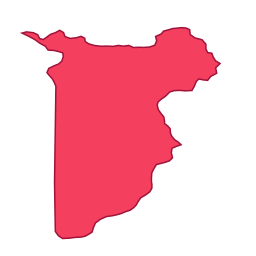 Mathias Lobato, Minas Gerais, Brazil (Equal Earth projection), rotated 85°
{"feature_id": "56859067B30184964984136", "entity_name": "Mathias Lobato", "entity_type": "district", "adm_level": 2, "iso_a3": "BRA", "parent_name": "Brazil", "parent_adm1": "Minas Gerais", "projection": "equal_earth", "projection_center": [-41.945, -18.602], "detail": "fine", "context": "isolated", "style": "filled", "palette": "rose", "viewbox_px": 256, "rotation_deg": 85, "n_neighbors": 0, "source": "geoboundaries", "source_scale": "gbopen_adm2", "svg_char_len": 1672}
<svg xmlns="http://www.w3.org/2000/svg" viewBox="0 0 256 256"><g transform="rotate(85 128 128)"><path d="M71.8,30.7L68.7,34.9L64.9,36.9L60.8,38.0L59.8,42.1L56.0,43.5L51.3,43.1L46.5,46.6L44.1,53.5L40.3,57.9L35.4,58.0L33.4,61.7L32.7,65.8L32.8,70.3L32.8,74.6L33.8,79.7L34.6,84.2L37.2,86.6L39.2,92.5L43.7,91.9L47.9,94.1L49.2,99.4L49.1,105.3L48.5,110.2L48.3,115.5L45.8,120.1L46.1,125.3L44.9,130.4L45.4,135.7L44.6,141.5L44.2,147.9L42.8,154.5L40.8,159.6L38.2,163.1L34.8,163.3L32.6,166.7L33.6,171.7L33.7,177.9L31.4,182.8L27.3,183.9L24.7,187.6L26.7,192.0L27.9,197.0L30.5,201.2L32.5,204.6L31.2,208.3L27.2,209.8L24.8,214.0L23.4,220.8L24.2,225.3L27.0,220.5L29.5,216.5L32.1,212.7L35.9,208.4L39.4,203.2L43.4,200.8L44.3,195.0L45.9,190.2L47.5,186.4L51.3,186.3L55.6,188.1L58.2,191.6L59.5,196.0L61.7,201.7L65.7,203.9L68.7,201.9L72.5,199.1L76.3,197.4L80.2,196.2L175.4,205.9L224.7,209.4L229.2,206.8L232.4,202.8L232.6,195.3L232.4,190.0L232.6,184.5L232.1,180.3L230.4,176.3L228.5,172.8L224.3,171.2L219.8,168.7L216.5,163.5L214.3,157.0L214.1,151.8L213.6,147.6L212.7,142.5L211.1,137.5L210.1,133.1L207.9,129.4L205.4,126.5L202.4,124.5L198.6,121.4L195.9,115.7L193.4,111.8L190.1,109.5L186.6,109.1L183.4,109.3L179.7,109.0L174.8,108.2L171.0,105.9L166.9,102.9L165.6,94.9L164.4,89.7L161.6,86.3L156.3,87.0L152.0,85.9L150.5,81.3L149.3,76.6L146.3,79.3L143.9,82.4L140.6,84.8L137.3,86.1L132.4,86.1L129.6,88.1L126.8,91.1L123.7,91.0L120.0,91.4L116.5,93.8L112.4,96.2L107.8,96.9L104.7,95.8L102.4,92.7L99.4,87.6L95.7,83.2L94.8,78.6L95.0,73.6L96.0,67.4L96.2,61.0L92.2,58.3L87.6,55.9L85.3,53.2L86.6,49.0L87.5,44.5L83.8,41.1L81.2,34.9L75.6,35.4L71.8,30.7Z" fill="#f43f5e" stroke="#9f1239" stroke-width="1.5"/></g></svg>